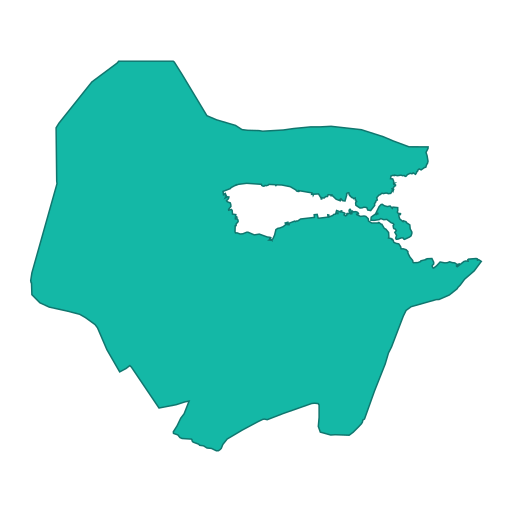 outline of Kota Kendari, Sulawesi Tenggara, Indonesia
{"feature_id": "22746128B80961359079738", "entity_name": "Kota Kendari", "entity_type": "district", "adm_level": 2, "iso_a3": "IDN", "parent_name": "Indonesia", "parent_adm1": "Sulawesi Tenggara", "projection": "mercator", "projection_center": [122.584, -4.0], "detail": "fine", "context": "isolated", "style": "filled", "palette": "teal", "viewbox_px": 512, "rotation_deg": 0, "n_neighbors": 0, "source": "geoboundaries", "source_scale": "gbopen_adm2", "svg_char_len": 6109}
<svg xmlns="http://www.w3.org/2000/svg" viewBox="0 0 512 512"><path d="M31.9,272.8L30.7,280.6L31.1,282.7L31.5,282.9L31.9,294.7L39.9,302.8L49.2,307.1L66.9,311.0L79.7,314.3L85.3,317.5L95.1,324.6L97.5,327.8L106.9,349.7L119.7,371.9L126.2,368.4L129.8,365.6L131.4,367.1L159.0,408.0L176.2,404.7L184.9,401.9L189.1,401.1L184.1,413.8L180.8,418.1L177.1,425.8L173.3,431.8L173.5,433.4L177.8,434.9L180.0,437.6L182.1,438.5L191.3,439.1L191.9,439.5L192.1,440.9L193.1,442.1L198.7,444.2L199.7,445.3L203.5,445.8L207.0,448.0L211.4,448.4L216.4,450.8L218.5,450.7L220.3,449.4L221.3,448.3L222.8,444.5L227.2,439.0L242.4,430.0L258.1,421.6L262.9,419.3L264.6,419.1L267.2,419.7L283.2,413.5L311.7,403.5L314.6,403.2L318.2,403.6L319.1,405.1L319.1,417.4L318.3,426.4L320.3,432.1L330.7,435.0L335.2,434.7L349.2,435.2L353.2,432.2L358.6,426.8L361.5,423.7L362.5,421.9L362.7,420.2L364.5,419.0L374.5,391.0L385.2,364.0L388.5,352.9L391.5,347.0L403.3,316.1L406.1,310.4L411.1,306.7L436.2,299.6L439.0,299.5L449.3,295.0L457.2,288.7L457.9,287.4L460.2,285.1L464.6,279.2L474.2,270.9L481.3,261.4L478.7,259.7L477.5,260.1L477.4,258.9L476.1,258.5L468.6,259.1L467.8,259.7L468.1,261.2L465.6,261.0L463.9,261.5L457.3,266.7L456.6,266.4L456.5,265.8L458.5,265.2L458.9,264.0L457.1,264.5L454.8,262.9L452.1,262.6L449.7,261.8L447.3,262.7L444.9,262.9L440.1,262.0L436.7,265.7L433.6,268.1L433.1,268.0L432.2,266.5L432.3,265.4L433.7,264.0L433.7,262.2L431.9,258.5L427.4,258.7L426.0,259.1L425.9,259.6L420.9,260.8L420.5,261.6L417.8,262.6L413.5,262.7L413.0,262.3L412.7,260.5L409.8,256.9L407.9,253.1L407.9,251.5L406.1,249.7L403.3,248.8L401.1,248.8L400.7,246.8L398.8,243.9L395.9,243.3L393.8,242.3L393.1,240.2L392.3,239.8L392.6,239.6L392.2,239.1L391.7,239.3L391.1,238.5L388.5,238.0L388.9,236.8L388.6,232.5L385.9,229.2L384.3,228.4L381.8,224.2L381.1,224.2L379.0,222.5L378.5,222.5L378.5,223.0L371.7,223.0L368.5,221.0L368.2,218.7L365.8,216.4L364.1,216.0L360.5,216.4L356.8,214.7L356.6,214.2L358.5,213.7L357.9,212.6L356.9,212.0L355.4,211.6L353.5,211.9L352.4,211.1L352.0,211.7L351.9,213.7L350.9,213.9L350.5,213.0L351.1,211.8L351.1,210.8L350.2,209.3L349.6,209.4L349.1,210.3L349.4,213.1L348.9,212.8L349.2,213.3L347.8,213.9L347.2,213.4L346.9,213.6L346.7,215.4L345.4,215.9L344.0,214.9L345.0,213.8L344.7,213.1L341.4,211.8L341.6,210.9L341.0,210.9L340.5,211.9L336.6,210.5L336.1,212.1L336.8,213.0L338.0,213.0L337.9,213.6L335.7,213.4L335.4,214.2L333.8,214.4L332.7,215.5L328.9,217.0L328.8,215.0L327.8,214.8L328.0,217.1L319.1,218.2L318.1,218.0L317.2,214.4L314.2,214.7L314.4,217.4L300.6,219.0L297.7,221.0L296.4,221.0L295.5,221.6L294.7,221.1L288.9,223.3L289.3,225.3L288.3,224.1L287.3,224.2L287.3,223.8L288.3,223.5L287.9,222.2L285.2,223.0L285.7,224.2L287.0,223.9L287.0,224.5L286.3,224.2L283.1,226.7L279.5,228.1L277.9,228.3L275.9,229.6L274.6,235.0L272.9,238.8L272.0,239.6L272.0,240.3L270.9,239.2L270.8,240.3L269.0,240.1L270.5,239.0L270.0,238.7L270.7,237.6L270.4,237.5L269.7,238.4L269.7,237.3L267.3,237.0L259.3,234.1L254.3,234.9L248.0,232.2L246.8,232.2L242.8,233.8L240.1,234.0L237.2,232.9L235.5,232.9L235.0,231.7L235.2,225.8L236.1,225.6L236.1,224.0L238.1,221.7L238.0,220.1L237.3,218.9L235.4,218.9L235.3,217.9L236.9,217.1L235.5,216.1L235.8,214.6L232.5,214.1L232.2,210.6L231.5,209.5L228.7,210.2L228.6,209.3L230.9,206.5L230.8,204.7L230.3,202.9L227.4,201.8L226.5,200.8L228.5,198.6L228.9,197.0L227.6,196.8L225.3,197.9L226.4,196.0L225.9,195.0L225.5,195.2L225.7,194.3L225.2,193.4L223.5,194.7L223.0,191.4L230.3,188.6L231.1,187.6L236.1,184.9L236.1,185.2L238.5,184.3L246.7,183.3L261.4,184.3L261.7,185.4L263.2,186.2L264.5,186.0L265.0,185.4L266.3,185.7L268.2,185.1L268.8,184.4L275.1,184.7L275.9,185.6L276.6,184.8L281.8,185.0L290.3,186.7L295.8,189.9L296.6,191.0L298.2,191.5L298.9,191.4L298.7,190.6L311.9,192.9L311.6,194.3L313.0,194.1L313.2,195.2L313.7,194.2L318.5,193.9L320.6,197.3L321.1,197.4L321.1,198.9L321.7,199.0L322.0,197.8L324.2,198.0L325.6,196.6L327.5,196.5L328.1,194.7L331.7,194.9L331.2,195.7L332.7,195.9L336.1,199.2L340.3,200.8L340.6,200.3L339.5,199.9L340.9,198.7L342.7,200.7L345.0,201.0L346.8,194.7L346.5,194.0L347.2,193.1L348.4,192.7L348.9,192.9L349.1,194.6L350.1,195.6L349.9,195.8L351.9,197.6L352.5,197.5L353.7,198.7L355.2,198.0L355.4,200.0L355.8,200.0L356.6,201.6L355.9,201.8L355.6,203.1L355.9,205.3L359.9,208.0L362.0,207.9L363.9,207.2L366.2,207.4L366.9,207.8L367.7,210.0L370.7,210.6L374.7,205.4L374.5,203.5L375.5,202.6L375.9,201.0L377.3,200.0L376.7,197.7L378.9,195.1L379.9,194.8L382.0,193.2L383.4,193.6L385.5,193.1L387.1,193.1L388.2,193.7L390.7,193.4L392.1,191.4L392.3,189.8L393.2,189.9L393.3,190.4L393.6,189.5L392.8,189.4L392.2,188.6L393.2,188.3L394.2,186.4L395.5,185.7L395.5,184.9L393.8,184.3L393.7,183.8L394.7,183.1L393.6,183.1L393.7,181.3L392.7,178.9L390.5,178.7L391.0,176.0L392.8,175.3L394.2,175.6L394.4,175.1L397.6,175.7L401.0,175.1L402.5,175.7L404.2,175.5L405.2,176.4L406.2,176.1L407.4,174.6L410.2,173.3L412.0,173.8L413.2,172.9L415.5,174.3L416.6,172.6L416.7,171.8L417.7,171.0L417.7,170.3L419.2,168.9L421.1,169.9L424.4,167.6L425.8,167.2L426.8,164.1L427.4,163.7L428.0,161.2L427.1,155.8L426.0,152.4L428.0,148.5L428.1,146.9L408.9,146.8L393.1,140.9L383.5,136.8L361.4,129.7L331.1,126.3L319.7,126.9L310.5,126.9L293.8,128.5L283.3,130.0L262.6,131.2L258.9,130.6L247.6,130.3L242.0,129.6L235.5,125.4L216.5,119.8L206.9,115.7L182.1,74.5L174.3,62.1L173.2,61.2L118.7,61.2L117.1,63.1L91.9,81.9L59.0,123.1L56.1,127.8L56.7,181.0L57.0,183.7L31.9,272.8ZM387.4,206.6L384.2,205.7L382.3,204.3L381.1,204.5L379.1,206.6L376.0,213.0L377.8,213.3L377.7,214.0L376.7,213.8L376.1,214.6L375.3,214.1L371.2,217.1L370.9,220.2L374.0,220.4L379.2,219.6L380.8,218.6L383.8,219.7L386.8,219.4L391.1,222.7L393.2,223.5L393.9,224.6L393.1,225.6L393.5,228.0L394.0,228.7L395.2,229.0L396.3,230.7L394.8,232.3L396.6,235.4L395.7,238.1L396.3,239.3L398.0,239.1L401.5,237.8L403.1,238.0L403.9,239.2L404.5,239.4L409.4,237.1L411.0,235.9L411.8,233.7L411.9,232.1L410.2,228.9L409.8,224.9L406.5,222.7L406.0,221.7L403.4,220.8L403.0,221.6L399.7,218.9L398.8,215.8L399.1,214.5L400.1,214.7L400.6,213.9L400.2,213.5L398.3,213.5L397.3,212.1L397.8,210.5L397.7,207.6L392.9,207.1L392.3,208.3L390.1,206.0L387.4,206.6Z" fill="#14b8a6" stroke="#0f766e" stroke-width="1.5"/></svg>